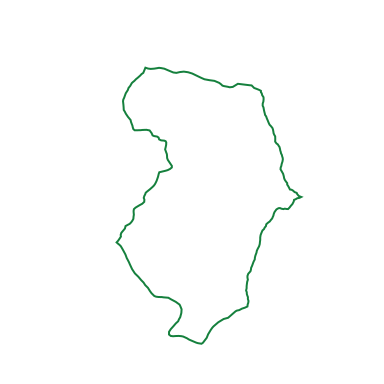 outline of Teodoro Sampaio, São Paulo, Brazil, rotated 42°
{"feature_id": "56859067B41725338982994", "entity_name": "Teodoro Sampaio", "entity_type": "district", "adm_level": 2, "iso_a3": "BRA", "parent_name": "Brazil", "parent_adm1": "São Paulo", "projection": "mercator", "projection_center": [-52.368, -22.428], "detail": "fine", "context": "isolated", "style": "outline", "palette": "green", "viewbox_px": 384, "rotation_deg": 42, "n_neighbors": 0, "source": "geoboundaries", "source_scale": "gbopen_adm2", "svg_char_len": 4007}
<svg xmlns="http://www.w3.org/2000/svg" viewBox="0 0 384 384"><g transform="rotate(42 192 192)"><path d="M169.7,279.9L171.8,279.9L173.1,279.8L175.3,279.9L178.2,280.8L180.5,281.6L184.4,283.0L187.8,284.8L189.0,285.2L192.2,286.4L193.9,287.2L199.1,289.4L204.0,290.7L208.9,290.9L213.2,291.5L216.6,291.7L219.5,292.5L223.4,292.7L226.8,293.7L229.6,294.3L233.6,294.5L235.4,293.8L237.3,292.5L240.0,290.2L241.1,289.5L245.2,286.4L248.2,285.8L253.4,284.5L258.1,284.0L259.6,284.6L262.7,286.1L265.0,289.0L267.0,292.9L267.5,295.4L268.2,297.3L267.9,300.5L268.0,304.1L268.0,308.2L268.5,311.3L270.3,313.3L272.5,313.2L274.4,311.9L276.7,309.5L278.5,307.8L280.5,306.3L282.2,305.3L286.0,304.1L288.7,303.6L296.0,301.1L297.5,300.4L300.6,298.4L301.0,296.7L300.5,290.5L299.2,287.0L298.2,281.8L297.9,279.2L297.9,277.5L298.7,271.2L300.5,265.2L303.0,261.3L304.2,251.5L304.7,250.1L306.1,248.2L307.2,245.2L308.7,242.6L309.8,240.0L308.6,238.3L308.0,236.8L306.9,235.2L305.1,234.1L303.9,232.7L302.5,232.0L301.1,231.2L299.7,229.8L298.1,229.0L297.0,227.0L295.6,225.4L294.6,224.0L293.1,221.8L292.2,219.8L290.6,218.6L289.4,217.3L288.5,215.1L288.5,213.2L288.5,211.8L287.7,210.2L286.7,208.8L286.1,206.8L285.0,204.1L284.3,202.3L283.8,200.2L282.6,198.6L281.6,196.7L280.5,193.9L279.5,192.3L278.8,190.0L278.2,187.5L277.2,185.4L275.8,183.5L274.8,182.0L273.1,180.1L271.8,178.1L270.8,175.5L270.1,173.4L270.3,171.4L269.8,169.7L269.8,168.0L268.8,166.3L269.0,164.1L269.5,161.9L269.3,159.6L269.3,158.1L268.7,156.4L268.3,155.1L267.5,153.7L266.8,151.9L266.6,150.4L266.4,148.4L267.1,146.2L268.1,145.1L269.8,144.5L271.4,143.5L272.1,142.3L273.7,141.3L274.8,140.4L274.9,138.2L274.7,136.2L274.7,133.8L274.0,131.1L273.1,129.5L273.8,128.2L274.4,126.2L275.8,124.4L276.5,122.6L274.1,123.5L271.7,123.2L270.4,122.6L268.3,123.4L265.8,123.4L264.5,123.7L263.1,124.6L261.1,123.8L259.4,123.2L257.8,122.8L256.8,121.7L255.5,121.5L254.1,121.2L252.6,120.8L251.1,120.0L249.7,118.9L247.5,117.5L244.5,116.5L242.6,115.9L241.5,114.4L241.0,113.0L239.8,111.0L238.9,108.9L237.7,107.0L236.6,106.0L235.2,105.2L233.9,104.3L232.3,103.7L231.1,102.8L229.8,102.1L228.7,101.2L226.9,100.0L225.2,99.6L223.9,99.2L222.3,99.4L220.1,98.9L218.3,96.8L216.6,95.0L215.0,94.5L213.4,93.8L212.2,92.8L210.4,91.4L208.9,90.6L206.3,90.2L204.7,90.1L203.4,89.6L201.9,88.9L200.3,88.1L198.5,87.3L196.5,86.2L194.7,85.8L193.5,84.9L192.4,84.2L190.7,83.0L188.5,81.3L186.8,80.6L185.4,79.0L184.5,77.0L183.1,75.1L181.7,73.7L179.4,73.1L177.8,72.0L176.6,71.8L175.5,70.7L173.3,71.3L171.1,72.1L168.6,73.1L165.0,72.9L163.1,74.3L153.7,80.9L152.0,86.6L150.0,88.9L148.3,89.8L144.9,91.9L143.4,92.6L141.8,92.5L139.2,92.7L134.3,94.4L130.2,97.2L125.8,99.9L122.8,100.9L120.8,101.5L112.9,103.8L109.0,105.6L105.4,108.0L102.8,110.9L100.7,113.9L98.1,115.7L92.7,117.6L88.9,118.9L86.1,120.6L84.4,121.8L83.0,123.6L81.3,125.7L78.9,128.2L76.7,129.7L74.2,130.8L76.1,136.1L75.6,138.2L75.6,140.1L75.2,143.7L74.9,145.4L74.8,148.2L74.5,150.0L74.4,151.4L75.1,154.5L75.2,157.1L76.1,159.2L76.7,162.9L77.7,165.4L78.5,167.3L79.1,169.3L80.0,170.7L82.8,173.2L84.6,174.9L86.4,176.7L88.2,177.2L90.5,178.1L94.1,179.0L98.2,179.6L99.7,180.7L101.8,181.8L103.4,182.6L104.6,183.5L106.3,184.5L108.1,184.5L112.2,180.7L113.8,178.9L116.5,176.3L119.3,174.6L122.7,175.3L124.8,176.3L126.4,175.8L128.9,174.2L130.7,173.9L132.4,174.9L134.5,174.3L137.0,172.4L138.4,171.9L139.7,172.4L141.2,174.2L142.5,176.4L143.5,178.3L145.9,179.6L148.0,180.7L149.2,181.8L150.8,183.4L152.5,184.3L159.6,186.1L160.6,187.3L160.2,189.7L159.3,192.0L158.2,193.8L156.0,197.0L154.5,199.2L155.2,200.9L156.6,203.5L158.2,207.3L158.8,209.3L159.2,210.9L159.4,212.7L159.3,214.7L158.9,218.2L158.3,221.8L158.1,223.5L158.8,225.2L159.2,226.8L160.1,228.7L161.7,229.5L163.1,231.3L162.9,234.0L161.9,236.8L161.1,239.4L160.5,241.4L160.3,243.6L161.3,245.2L162.6,246.5L164.0,247.8L165.1,249.5L166.4,251.2L166.9,253.3L167.1,255.2L167.0,257.4L166.2,259.5L165.4,261.8L166.6,264.0L166.7,266.7L166.8,269.6L167.7,271.6L169.0,272.7L169.4,275.3L169.7,277.6L169.7,279.9Z" fill="none" stroke="#15803d" stroke-width="2"/></g></svg>